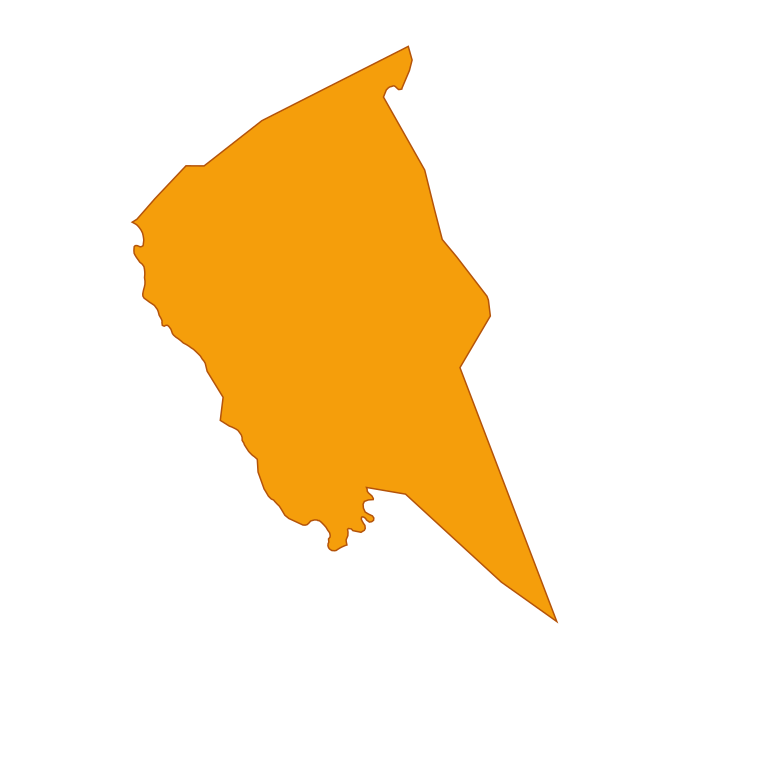 outline of San Mateo Sindihui, Oaxaca, Mexico, rotated 153°
{"feature_id": "50627088B43932249609701", "entity_name": "San Mateo Sindihui", "entity_type": "district", "adm_level": 2, "iso_a3": "MEX", "parent_name": "Mexico", "parent_adm1": "Oaxaca", "projection": "natural_earth1", "projection_center": [-97.342, 17.027], "detail": "fine", "context": "isolated", "style": "filled", "palette": "amber", "viewbox_px": 768, "rotation_deg": 153, "n_neighbors": 0, "source": "geoboundaries", "source_scale": "gbopen_adm2", "svg_char_len": 2894}
<svg xmlns="http://www.w3.org/2000/svg" viewBox="0 0 768 768"><g transform="rotate(153 384 384)"><path d="M534.9,642.5L532.7,639.3L531.9,637.7L531.3,635.7L530.9,633.8L530.6,631.7L530.6,628.3L531.0,626.5L531.4,625.0L532.0,623.2L532.7,621.3L533.8,619.6L534.6,618.5L535.4,617.2L536.0,616.6L537.5,616.5L539.0,616.9L539.9,618.0L540.9,619.2L542.0,619.9L542.9,620.2L544.2,619.8L545.1,618.4L546.3,616.3L547.3,613.8L547.3,611.7L547.1,609.1L546.6,605.9L546.3,603.5L545.0,600.5L544.6,597.5L545.4,594.8L546.2,592.7L547.2,590.5L549.1,587.5L550.2,584.3L551.7,581.4L553.4,579.3L555.5,577.0L556.4,575.9L558.1,573.7L558.9,571.8L558.8,569.4L557.3,566.5L555.9,563.6L554.1,560.5L552.9,558.2L552.4,555.2L552.1,553.3L552.3,551.0L553.1,547.4L553.0,545.4L552.9,543.3L553.1,541.0L554.0,539.5L554.9,536.9L553.6,535.3L551.6,535.3L550.2,534.5L549.5,532.7L549.0,529.5L549.3,527.3L549.6,525.0L549.3,523.1L548.2,520.3L546.8,517.8L545.4,514.8L544.2,511.7L542.2,508.9L540.7,506.4L539.4,503.8L538.0,501.4L536.9,498.4L535.7,494.9L534.9,492.3L534.6,488.6L534.0,486.0L533.9,483.8L533.9,483.5L535.8,475.6L533.4,445.2L546.4,425.9L540.9,416.7L539.3,415.0L537.6,412.8L536.5,411.3L535.2,409.1L534.8,406.9L534.3,403.4L534.7,400.8L536.0,398.1L535.7,394.8L536.0,393.3L535.8,391.2L535.5,388.2L535.2,385.4L534.5,382.9L533.6,380.2L532.5,378.1L531.1,374.4L536.2,362.7L538.5,344.7L538.4,344.3L538.1,340.0L537.9,336.5L536.7,332.8L535.0,330.7L534.7,329.1L533.6,325.3L532.7,322.7L532.3,318.4L531.9,312.0L531.3,310.7L529.8,307.3L528.2,305.3L520.2,295.1L518.2,294.0L516.4,293.6L514.3,294.1L511.6,295.2L509.7,294.9L507.5,294.4L505.3,293.1L504.7,292.1L504.2,292.0L503.8,291.9L502.6,289.2L501.5,285.7L500.7,282.6L500.5,279.3L500.0,276.2L500.6,273.7L501.6,272.1L503.8,271.1L505.0,268.1L506.2,267.2L507.4,265.3L507.7,263.3L507.4,261.6L506.1,259.3L504.7,258.5L503.8,257.9L502.2,257.4L499.9,257.7L497.3,257.9L495.2,257.9L491.8,257.7L490.1,257.4L489.4,260.0L488.6,262.2L487.2,263.5L485.1,265.2L483.3,268.4L482.5,271.0L481.3,271.4L478.9,269.7L478.3,267.5L475.6,265.3L473.3,263.5L471.8,262.3L467.9,262.6L466.3,263.8L465.2,266.7L465.6,269.5L465.7,273.4L465.0,274.9L463.8,275.6L462.5,274.6L461.5,272.7L461.3,270.7L459.7,267.6L457.5,266.9L455.2,267.3L453.9,269.2L454.2,271.7L456.9,275.2L458.9,278.5L458.7,282.7L457.2,286.4L454.8,288.3L450.5,287.8L446.1,285.9L445.5,286.8L445.6,289.8L447.3,294.0L447.6,296.1L446.8,298.0L446.6,299.8L414.8,276.1L369.5,154.5L369.5,154.4L337.9,93.9L308.9,364.1L258.4,396.3L252.9,411.3L252.4,415.5L252.6,416.5L261.5,464.2L266.5,486.3L259.9,516.1L250.6,556.2L254.2,639.9L248.4,645.0L246.8,645.5L245.7,645.9L244.0,646.1L242.4,645.7L240.5,645.4L239.9,645.2L239.3,644.6L238.8,643.7L238.3,642.2L238.1,641.7L237.4,639.8L236.1,639.2L234.2,638.7L233.5,639.6L219.1,651.7L211.9,659.9L209.1,673.8L373.2,674.1L445.3,660.0L461.4,668.3L503.8,653.2L521.5,646.1L529.3,643.0L534.9,642.5Z" fill="#f59e0b" stroke="#b45309" stroke-width="1.5"/></g></svg>